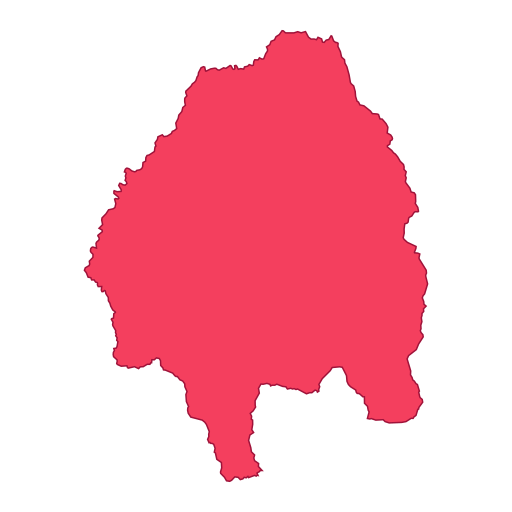 the district of Gonzanama, Loja, Ecuador
{"feature_id": "8360857B83721057206969", "entity_name": "Gonzanama", "entity_type": "district", "adm_level": 2, "iso_a3": "ECU", "parent_name": "Ecuador", "parent_adm1": "Loja", "projection": "robinson", "projection_center": [-79.462, -4.166], "detail": "fine", "context": "isolated", "style": "filled", "palette": "rose", "viewbox_px": 512, "rotation_deg": 0, "n_neighbors": 0, "source": "geoboundaries", "source_scale": "gbopen_adm2", "svg_char_len": 6008}
<svg xmlns="http://www.w3.org/2000/svg" viewBox="0 0 512 512"><path d="M262.1,470.5L258.4,466.5L258.6,463.5L254.6,460.7L253.8,458.0L254.6,455.0L251.4,451.8L250.8,447.7L248.6,440.4L249.9,435.0L253.6,432.5L251.8,429.7L252.7,424.3L252.6,420.1L251.3,419.2L251.6,416.2L250.2,413.4L253.1,410.9L255.6,407.0L255.2,405.4L255.1,400.7L259.3,393.1L258.5,388.3L260.9,384.1L263.3,384.2L266.9,383.4L270.0,384.3L270.6,385.9L272.2,385.2L274.8,385.2L276.8,384.2L282.6,386.4L285.9,386.8L287.4,389.0L290.7,388.3L292.6,389.0L294.1,388.6L296.0,389.5L297.5,389.0L306.5,393.8L309.6,392.7L311.9,392.7L315.1,390.1L316.8,390.7L317.4,392.1L318.9,391.2L318.7,389.4L319.7,386.7L318.9,384.4L322.3,378.6L330.2,370.7L332.2,367.5L339.7,366.8L342.3,367.3L345.8,374.2L346.5,375.7L347.0,381.4L348.4,384.5L350.5,386.7L355.7,390.0L356.3,392.3L357.2,393.4L359.3,393.6L362.9,396.8L364.4,396.8L364.5,403.3L367.5,406.3L368.2,410.2L369.1,411.9L367.4,418.5L369.8,419.0L371.3,418.6L375.8,420.1L383.2,419.7L385.1,421.6L389.2,422.9L401.7,422.4L406.0,421.6L411.2,418.3L413.1,418.4L413.9,417.0L416.0,415.4L417.8,409.3L418.6,409.1L418.9,407.4L422.7,402.2L422.2,399.4L420.2,397.7L419.7,396.6L418.7,392.2L419.4,391.1L417.4,384.5L416.0,383.7L414.4,381.2L412.7,379.8L412.1,377.5L410.5,374.9L410.7,371.0L407.1,358.9L408.6,355.6L416.3,349.6L418.6,344.0L423.2,336.9L422.9,334.7L421.0,332.5L420.3,330.7L421.0,328.8L420.8,325.2L421.9,321.7L421.3,317.8L422.0,315.4L422.0,313.4L423.7,311.5L423.5,308.8L426.1,306.1L424.0,304.3L423.7,301.4L422.3,297.9L423.0,295.8L424.6,293.9L427.6,283.9L425.8,276.6L425.7,275.0L426.5,273.1L426.2,270.2L419.2,258.9L419.0,257.8L419.8,254.0L417.7,253.1L414.6,252.8L414.4,252.3L415.9,248.4L416.1,246.5L407.4,242.4L404.0,239.3L403.2,237.7L404.2,233.1L404.1,229.0L404.8,223.8L407.0,223.2L408.1,222.1L408.7,218.1L409.3,217.3L411.8,216.0L414.1,212.4L415.2,211.7L418.0,211.8L418.5,211.3L417.8,207.4L415.3,203.5L415.7,201.5L415.5,194.7L414.2,192.8L411.1,192.0L409.9,188.2L405.8,182.7L405.4,181.5L406.2,177.8L405.3,175.7L406.2,171.8L404.0,169.4L404.1,166.9L403.5,164.5L400.2,161.3L397.6,156.8L395.4,154.1L393.5,152.8L391.7,150.4L387.4,147.0L387.4,145.7L389.8,144.2L390.3,140.9L392.1,139.8L392.5,138.7L392.1,137.1L390.7,135.0L387.2,133.0L387.9,127.2L386.1,123.7L382.2,119.1L380.0,118.9L378.5,114.5L377.2,114.0L372.3,113.6L370.5,111.1L363.9,105.8L359.9,104.9L358.5,102.1L357.0,101.1L355.6,96.4L355.2,91.5L353.7,86.0L351.1,83.7L350.4,82.4L349.1,74.9L346.9,66.8L344.9,63.1L344.5,59.7L341.8,57.3L341.4,56.3L340.4,51.7L337.9,46.4L338.1,43.3L336.8,42.5L335.7,42.5L333.6,40.9L331.8,36.1L331.1,35.8L328.8,39.5L326.2,40.1L324.2,42.4L322.5,42.1L321.6,38.9L318.0,37.3L316.5,39.7L314.1,39.0L311.1,39.1L308.5,37.2L305.5,31.6L301.1,32.8L297.7,31.7L293.8,32.9L286.9,32.9L285.4,32.8L283.4,30.9L282.1,30.7L279.3,34.6L276.0,36.7L274.5,39.9L271.1,41.3L269.8,44.7L266.5,46.9L267.5,49.1L267.5,51.0L265.7,53.7L263.7,58.8L262.0,59.1L259.4,57.8L258.4,59.6L257.7,59.9L254.7,59.8L253.8,61.6L253.3,65.2L252.1,65.6L249.2,64.6L247.7,66.2L244.5,66.9L243.7,69.1L240.6,68.6L238.3,69.3L236.8,66.3L235.9,65.4L234.6,65.7L234.9,68.7L233.9,69.4L232.8,69.0L231.0,65.8L230.1,65.5L225.9,68.4L223.6,67.8L219.2,70.2L217.4,69.7L215.9,68.3L214.5,68.2L210.7,68.9L206.0,71.2L205.5,70.9L204.7,67.1L203.4,66.7L201.1,67.7L198.5,72.7L198.1,75.6L197.1,76.9L195.9,80.6L194.5,82.3L192.4,83.8L191.0,86.2L185.9,91.1L185.7,92.5L186.9,95.9L185.0,97.9L184.7,98.9L184.7,101.8L185.4,105.3L182.8,107.5L181.8,111.6L178.8,115.1L178.2,118.4L175.8,123.1L176.7,128.6L174.4,130.5L172.3,131.4L171.4,133.5L167.2,136.1L163.9,136.6L162.3,134.8L157.9,136.8L157.4,139.4L155.0,142.9L155.9,146.1L155.0,147.0L154.4,151.5L149.2,154.9L147.0,155.5L145.9,157.5L145.6,161.2L143.0,162.5L142.6,166.8L141.7,168.6L139.8,169.8L136.7,170.4L135.8,171.5L134.5,171.8L131.8,170.9L129.1,168.8L127.4,168.2L126.5,168.2L125.3,169.3L124.4,171.9L125.6,172.4L126.2,173.4L125.3,176.1L125.9,177.9L125.1,180.4L126.3,181.6L126.9,183.6L125.2,185.1L123.0,184.8L121.0,183.5L119.7,183.3L118.7,185.5L121.3,189.9L121.1,191.4L117.1,191.7L114.2,190.7L113.9,191.2L113.9,193.4L118.3,197.0L118.8,198.3L118.0,199.0L115.6,198.5L114.6,199.1L115.8,203.7L114.9,207.6L113.1,208.8L108.6,209.8L106.0,213.8L102.0,217.9L101.7,220.1L102.6,224.6L99.0,228.3L102.1,230.1L102.3,231.7L98.0,235.2L97.8,235.8L99.0,237.6L99.2,239.0L98.7,240.2L96.6,242.1L96.0,243.4L96.5,248.1L92.8,247.0L91.6,247.5L90.7,248.7L90.4,251.0L91.0,252.3L93.0,254.3L92.9,257.4L89.3,261.2L89.7,264.0L89.2,265.5L85.3,267.8L84.4,270.3L86.3,272.7L88.1,277.2L90.8,277.7L91.6,279.9L94.1,279.9L95.6,282.1L97.2,282.5L97.6,283.2L97.4,284.8L98.2,286.6L101.7,286.5L101.3,290.0L101.9,291.6L102.9,291.7L104.5,290.5L105.3,290.9L105.9,293.7L108.3,297.5L108.4,300.8L109.9,303.2L110.7,306.1L112.8,310.0L115.3,311.9L115.4,312.4L113.8,313.7L113.5,318.1L111.8,318.6L111.3,319.2L113.0,322.3L112.6,324.5L112.9,325.8L115.7,330.6L115.5,332.7L116.3,334.2L115.7,335.8L117.1,337.7L116.7,340.3L117.9,341.6L117.0,346.6L116.2,348.1L113.8,348.5L114.4,350.5L113.4,352.3L113.2,354.5L113.6,356.7L117.0,359.8L117.2,361.1L116.7,363.6L117.4,364.5L121.2,366.2L126.9,365.8L127.5,367.6L128.3,368.1L134.5,366.7L138.6,368.6L140.3,366.8L143.2,366.7L147.2,364.3L149.9,364.3L150.8,362.8L151.6,362.8L151.9,359.7L154.3,359.8L156.4,357.9L159.3,358.5L160.5,360.7L160.7,365.5L162.9,367.9L163.5,369.9L165.3,370.1L172.7,373.1L174.9,375.8L176.0,376.5L177.4,376.5L179.9,379.8L182.7,381.0L184.7,383.8L184.9,386.8L187.0,391.5L185.9,394.6L186.4,401.6L188.6,406.6L187.8,407.9L187.6,410.2L188.2,413.2L190.8,417.1L202.2,420.1L204.8,422.2L206.5,424.6L209.3,431.7L208.7,434.2L208.8,436.6L207.6,439.4L209.1,442.8L210.0,442.5L210.8,443.4L212.2,443.4L213.7,444.3L215.1,448.3L214.3,452.2L215.4,452.9L216.8,459.3L221.4,462.5L221.7,467.9L220.5,472.0L220.7,473.4L224.5,477.3L226.5,480.8L229.7,481.3L231.6,480.3L234.8,476.9L238.1,477.3L240.3,479.6L242.8,478.9L244.2,477.3L246.2,477.8L247.9,476.4L248.6,477.6L254.6,475.4L256.2,476.1L257.3,475.2L258.0,475.4L257.0,473.1L257.2,472.8L259.5,471.6L260.2,470.5L262.1,470.5Z" fill="#f43f5e" stroke="#9f1239" stroke-width="1.5"/></svg>